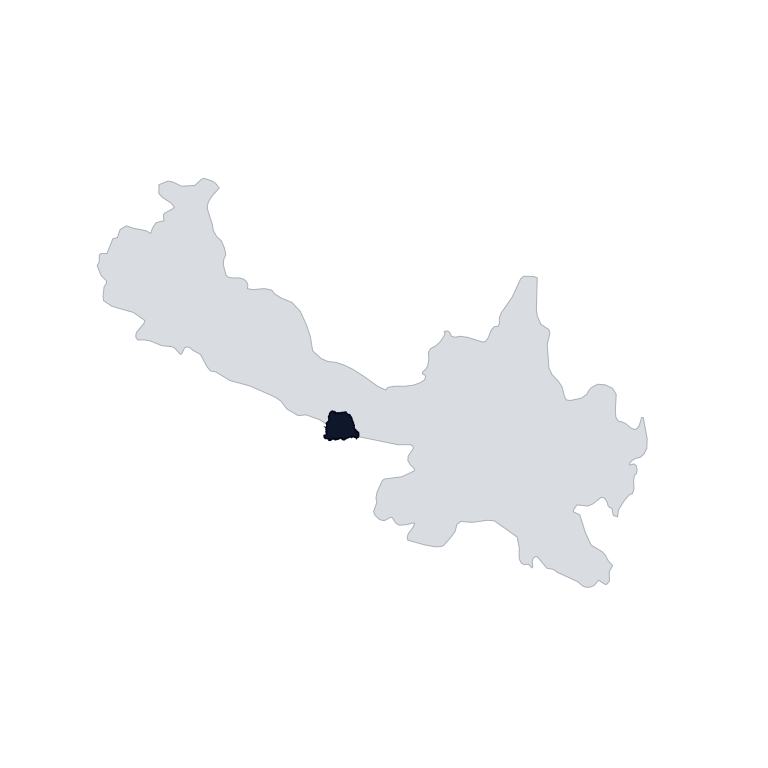 Xaychamphone, Bolikhamxai, Laos shown in context, rotated 157°
{"feature_id": "54806243B24736520064001", "entity_name": "Xaychamphone", "entity_type": "district", "adm_level": 2, "iso_a3": "LAO", "parent_name": "Laos", "parent_adm1": "Bolikhamxai", "projection": "orthographic", "projection_center": [104.92, 18.569], "detail": "fine", "context": "in_parent", "style": "filled", "palette": "ink", "viewbox_px": 768, "rotation_deg": 157, "n_neighbors": 0, "source": "geoboundaries", "source_scale": "gbopen_adm2", "svg_char_len": 8393}
<svg xmlns="http://www.w3.org/2000/svg" viewBox="0 0 768 768"><g transform="rotate(157 384 384)"><path d="M279.9,120.3L283.0,126.4L297.9,142.8L300.5,147.2L306.0,150.7L310.4,165.1L312.4,166.0L314.9,165.1L316.8,163.1L318.5,157.5L319.6,156.9L321.2,161.5L325.5,163.0L327.3,165.0L327.8,168.5L327.2,172.0L323.5,180.2L321.2,191.1L335.8,214.9L342.1,218.2L356.9,222.2L367.0,227.5L371.7,226.3L376.3,220.4L381.7,217.2L391.8,212.2L394.7,212.0L400.2,214.0L409.3,219.9L423.1,230.9L422.6,233.8L420.1,236.7L412.7,241.1L410.3,243.8L411.7,244.9L417.9,245.6L425.1,248.1L427.4,251.0L428.6,257.6L429.9,258.8L436.6,258.1L438.7,259.0L441.1,261.1L443.5,266.5L443.5,270.6L436.8,277.8L436.0,282.1L432.5,287.3L423.2,295.8L420.7,296.4L403.7,291.6L390.1,292.2L389.0,294.0L391.3,299.2L391.9,304.3L389.8,308.3L382.0,313.3L381.7,315.5L383.2,317.8L394.6,322.5L430.8,347.4L447.4,352.1L454.7,355.2L456.5,357.0L456.5,359.2L454.6,361.9L453.0,366.8L452.9,369.7L454.6,372.5L457.6,376.7L467.8,386.1L475.3,388.4L483.2,399.1L485.5,408.5L489.4,414.6L508.5,434.9L524.4,447.3L534.0,460.8L538.6,463.8L540.1,468.7L541.4,483.0L547.0,490.0L548.2,492.9L550.6,495.0L553.2,495.4L558.8,490.6L560.0,491.3L562.6,498.8L564.9,501.5L573.4,506.0L582.4,515.0L587.2,518.2L593.3,520.7L594.2,523.6L593.1,526.5L591.3,528.4L580.9,533.8L579.5,536.1L586.5,547.6L604.0,561.7L609.5,570.2L608.4,574.4L603.7,582.8L600.2,585.1L599.2,587.7L602.0,594.5L601.8,605.0L598.5,607.6L595.5,614.1L593.4,614.6L588.0,612.3L576.9,623.6L572.1,623.0L566.5,629.3L559.3,630.2L554.3,625.6L543.5,618.3L539.7,613.8L536.4,617.8L530.8,621.6L522.8,620.3L520.8,625.9L519.2,626.9L509.6,627.9L507.8,628.8L509.4,633.9L515.1,642.4L516.8,647.3L513.3,655.4L503.4,655.2L498.9,652.0L493.2,645.2L480.5,640.7L472.0,643.8L469.3,643.7L462.9,638.0L460.6,634.3L459.1,628.8L468.8,624.3L473.7,620.9L477.0,617.2L478.3,613.3L479.8,597.4L481.2,591.8L480.4,584.9L477.8,579.5L477.8,571.3L479.1,564.8L482.8,561.4L485.3,556.7L486.9,546.1L485.7,543.3L482.1,540.8L475.9,538.3L472.1,535.2L470.5,531.4L470.7,528.1L472.5,525.2L467.9,522.1L456.9,518.6L450.7,514.4L449.4,509.5L444.8,503.0L436.9,495.1L432.7,483.6L432.3,468.6L433.3,456.5L436.7,442.4L432.1,432.2L427.1,426.8L420.1,422.8L413.4,417.1L407.0,409.7L399.5,398.8L390.7,384.3L384.8,377.8L381.7,379.3L375.3,377.9L365.6,373.7L357.1,371.4L349.9,371.0L345.2,371.9L342.9,374.1L342.8,376.3L344.6,378.4L343.6,380.1L339.8,381.3L336.7,383.6L333.2,388.9L330.7,395.8L327.1,398.4L321.5,398.9L316.0,400.8L310.6,404.2L308.0,406.7L308.3,408.4L307.1,408.8L304.5,407.8L303.3,405.5L303.4,401.9L300.7,399.4L295.1,398.1L288.7,394.2L276.7,384.0L273.9,383.5L269.8,386.0L264.5,391.5L260.1,393.7L256.7,392.5L254.1,394.4L252.2,399.5L248.7,403.4L232.0,413.9L217.0,427.5L213.2,428.6L204.3,424.5L201.5,421.8L214.4,393.6L216.4,386.8L216.2,377.6L211.1,369.9L211.0,367.7L211.8,365.4L218.3,356.7L226.0,334.2L225.7,327.1L222.7,319.3L221.2,311.9L222.8,301.9L222.3,298.0L219.0,296.0L207.8,293.8L201.4,295.3L198.2,297.9L194.5,299.6L187.4,300.3L180.8,296.8L175.4,290.9L174.3,283.8L181.6,268.8L183.5,263.0L183.4,260.3L182.2,257.3L180.6,256.9L177.1,253.3L173.9,246.9L170.7,243.9L167.6,244.4L164.7,246.7L159.9,252.5L158.5,251.7L163.1,230.9L167.2,222.1L171.9,218.1L176.7,216.4L181.8,217.2L186.0,216.6L189.5,214.5L189.2,213.2L185.2,212.8L183.7,210.4L184.6,206.0L186.5,203.1L189.3,201.8L192.1,197.4L194.8,189.8L198.1,186.1L201.8,186.0L208.2,182.9L217.3,176.6L220.9,170.5L224.3,173.4L222.8,180.6L224.6,182.2L225.3,184.8L224.8,188.8L225.4,192.3L226.8,194.0L228.7,194.8L238.3,192.1L244.1,192.0L253.6,197.4L259.3,193.6L259.4,192.1L254.9,187.1L256.7,168.7L256.3,154.8L248.7,144.4L247.2,140.2L246.6,133.4L244.5,127.6L250.2,123.1L253.4,114.6L257.3,112.6L258.6,113.0L263.2,119.5L269.3,116.4L273.9,116.5L277.8,118.2L279.9,120.3Z" fill="#d9dde1" stroke="#a8b0b8" stroke-width="1"/><path d="M454.6,366.8L454.5,366.6L454.4,366.5L454.4,366.2L454.5,365.9L454.4,365.8L454.6,365.6L454.7,365.3L454.9,365.2L455.0,365.1L454.7,364.9L454.7,364.6L454.8,364.2L454.7,364.1L454.9,364.0L455.0,364.0L455.3,363.7L455.5,363.5L455.4,363.3L455.4,363.1L455.5,363.0L455.5,362.9L455.9,362.8L456.2,362.6L455.8,362.1L455.9,361.7L455.9,361.4L456.1,361.3L456.0,361.1L455.9,361.1L455.9,360.8L456.0,360.6L456.1,360.4L456.4,360.4L456.4,360.2L456.7,360.0L456.8,359.9L457.0,359.9L457.2,359.6L457.3,359.4L457.6,359.5L457.8,359.5L458.1,359.8L458.3,359.9L458.6,360.1L459.1,360.1L459.3,360.0L459.3,359.7L459.2,359.4L459.5,359.0L459.4,359.0L459.2,358.7L459.3,358.3L459.3,358.2L459.5,357.9L459.6,357.6L459.6,357.4L459.5,357.2L459.1,357.3L458.8,356.8L458.8,356.6L458.7,356.6L458.2,356.5L457.8,356.6L457.7,356.3L457.6,356.2L457.4,356.0L457.5,355.8L457.3,355.7L456.9,355.2L456.8,355.3L456.7,355.4L456.2,355.3L456.1,355.1L456.0,354.8L455.8,354.6L456.0,354.6L456.0,354.3L456.1,354.1L456.5,353.8L456.3,353.7L456.2,353.6L456.0,353.3L455.9,353.2L455.3,353.1L455.2,353.1L454.8,353.1L454.7,353.1L454.2,353.4L454.1,353.7L453.8,353.7L453.6,353.6L453.3,353.6L453.0,353.4L452.8,353.4L452.7,353.4L452.4,353.6L452.2,353.6L451.8,353.4L451.6,353.5L451.4,353.5L451.1,353.4L451.0,353.5L450.9,353.5L450.8,353.4L451.0,353.2L451.0,352.9L451.2,352.7L451.3,352.7L451.4,352.4L450.9,352.1L450.7,352.2L450.4,352.2L450.3,352.4L450.1,352.3L449.9,352.2L449.9,351.9L449.8,352.0L449.6,352.2L449.4,352.0L449.1,352.0L448.8,351.7L448.9,351.4L449.0,351.3L449.0,351.2L449.1,350.9L448.8,351.2L448.5,351.3L448.4,351.4L448.1,351.3L447.7,351.6L447.5,351.4L447.4,351.2L447.2,351.1L446.9,351.2L446.7,351.5L446.3,351.3L446.2,351.3L445.9,351.2L445.8,351.3L445.6,351.2L445.5,351.3L445.3,351.4L444.8,351.4L444.7,351.4L444.5,351.5L444.4,351.5L444.2,351.3L444.3,351.0L444.2,350.6L443.9,350.3L444.0,350.2L444.1,349.3L443.9,349.2L443.7,349.1L443.4,348.9L443.3,348.6L443.2,348.5L442.9,348.5L442.6,348.2L442.4,348.2L442.4,348.4L442.3,348.5L442.2,348.4L442.1,348.5L441.8,348.5L441.7,348.4L441.4,348.5L441.0,348.5L440.7,348.6L440.2,348.5L440.0,348.8L439.6,348.8L439.2,349.2L438.9,349.0L438.8,348.9L438.6,348.6L438.3,348.5L438.1,348.6L437.6,348.5L436.8,348.7L436.7,348.7L435.8,348.7L435.5,348.6L435.4,348.4L435.1,348.2L435.1,347.8L434.9,347.5L434.5,347.5L434.4,347.5L434.1,347.7L433.5,347.7L433.4,347.8L433.1,347.7L432.9,347.6L432.7,347.5L432.2,347.6L432.1,347.2L432.1,346.7L431.9,346.6L431.6,346.6L431.4,346.4L431.1,346.5L431.0,346.2L431.0,345.9L430.7,345.7L430.7,345.0L430.4,345.3L430.1,345.3L430.1,345.1L429.8,345.0L429.5,345.2L429.4,345.3L429.0,345.4L428.7,345.2L428.0,345.4L428.0,345.8L428.1,346.0L428.0,346.3L427.8,346.5L427.6,346.4L427.4,346.7L427.4,346.8L427.2,347.2L427.1,347.3L426.9,347.4L426.8,347.7L426.9,347.9L426.9,348.2L427.0,348.4L426.9,348.5L427.0,348.8L426.9,348.9L427.0,348.9L427.1,349.3L427.1,349.5L427.0,349.9L427.1,350.0L426.9,350.6L427.0,350.7L427.2,350.8L427.2,350.7L427.4,350.9L427.5,350.9L427.6,351.0L427.8,351.0L427.9,350.9L428.0,351.0L428.2,350.9L428.1,351.1L427.9,351.4L428.1,351.8L428.1,352.1L427.9,352.3L427.8,352.5L428.0,353.1L428.2,353.4L428.4,353.7L428.7,353.8L428.7,354.1L428.6,355.2L428.4,355.6L428.4,356.3L428.3,356.8L428.1,357.1L427.7,357.2L427.6,357.4L427.5,357.6L427.6,357.9L427.8,358.8L427.5,359.7L427.3,360.4L427.4,363.6L427.1,364.9L427.0,365.8L427.1,366.3L427.4,367.2L427.5,368.6L427.5,368.8L427.6,369.0L427.9,369.3L428.6,369.6L428.9,369.8L429.0,369.9L429.2,370.6L429.7,371.3L430.0,372.2L430.0,372.8L430.0,373.1L430.6,373.2L430.9,373.3L431.0,373.3L431.3,373.5L431.8,373.5L434.2,374.3L435.2,374.5L436.1,374.5L436.4,374.4L436.6,374.5L436.8,374.4L436.8,374.5L437.0,374.6L437.3,374.7L437.3,374.8L437.5,374.8L437.5,374.7L437.6,374.9L437.8,374.9L437.8,375.0L437.7,375.1L437.9,375.1L437.9,375.3L438.0,375.3L438.0,375.5L438.0,375.4L438.1,375.5L438.3,375.5L438.5,375.8L438.7,375.7L438.8,375.6L438.9,375.8L439.3,375.9L439.5,376.0L439.5,375.9L439.9,376.0L440.0,376.1L439.9,376.2L439.9,376.4L439.9,376.5L440.0,376.4L440.0,376.5L440.2,376.8L440.3,376.7L440.3,376.8L440.3,377.0L440.4,377.3L440.6,377.3L440.6,377.2L440.6,377.3L440.7,377.6L440.7,377.9L440.9,377.8L441.0,377.9L441.1,378.0L441.3,378.3L441.4,378.1L441.5,378.1L441.5,378.3L441.6,378.5L442.1,378.9L442.2,379.2L443.1,379.3L443.2,379.2L443.4,379.1L443.7,379.0L443.9,379.0L444.3,378.7L445.0,378.5L445.2,378.4L445.8,377.8L446.0,377.4L446.2,376.8L447.2,376.1L447.8,375.6L447.9,375.4L448.0,375.2L448.1,374.1L448.7,372.5L449.0,372.0L449.6,371.6L450.3,371.2L451.3,370.8L452.2,370.5L452.4,370.4L452.5,369.1L452.7,368.7L453.1,367.5L453.4,367.1L454.1,366.5L454.6,366.8Z" fill="#0f172a" stroke="#020617" stroke-width="1.5"/></g></svg>